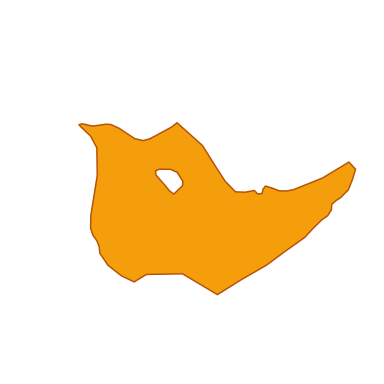 map outline of Şəki (Natural Earth projection), rotated 302°
{"feature_id": "AZE-1727", "entity_name": "Şəki", "entity_type": "District", "adm_level": 1, "iso_a3": "AZE", "parent_name": "Azerbaijan", "parent_adm1": "", "projection": "natural_earth1", "projection_center": [47.21, 41.124], "detail": "fine", "context": "isolated", "style": "filled", "palette": "amber", "viewbox_px": 384, "rotation_deg": 302, "n_neighbors": 0, "source": "natural_earth", "source_scale": "10m", "svg_char_len": 1066}
<svg xmlns="http://www.w3.org/2000/svg" viewBox="0 0 384 384"><g transform="rotate(302 192 192)"><path d="M189.3,60.6L191.6,62.7L192.9,65.9L193.9,69.4L195.4,73.0L204.2,83.5L206.3,87.7L207.4,96.4L206.9,115.1L209.7,123.3L214.7,128.0L236.3,140.3L242.8,142.6L240.3,157.1L236.9,176.4L230.9,188.7L224.9,201.1L218.7,214.4L215.2,228.8L220.0,237.2L226.3,244.0L225.2,248.8L227.8,252.2L231.9,250.8L235.9,251.1L237.7,257.5L239.2,265.2L242.9,271.6L247.7,276.8L273.1,295.3L300.5,309.2L298.0,318.6L287.9,321.4L276.7,323.4L265.9,321.0L260.9,318.6L255.8,317.1L253.0,318.4L250.7,319.7L243.8,319.6L236.7,316.7L225.0,313.9L213.1,311.6L191.5,302.6L169.8,294.1L144.2,280.5L118.4,267.9L117.6,227.3L97.9,197.0L85.1,190.6L83.5,176.7L85.3,159.6L91.3,146.2L96.5,142.2L100.2,137.2L102.9,130.7L107.6,125.2L118.6,118.6L130.2,113.7L155.6,103.0L179.0,87.9L185.6,76.6L188.6,62.2L189.3,60.6ZM192.1,180.6L196.2,178.6L200.8,169.1L199.9,161.9L194.1,152.3L190.7,149.9L187.5,152.2L185.6,158.0L183.6,164.7L181.1,172.1L180.5,177.6L192.1,180.6Z" fill="#f59e0b" stroke="#b45309" stroke-width="1.5"/></g></svg>